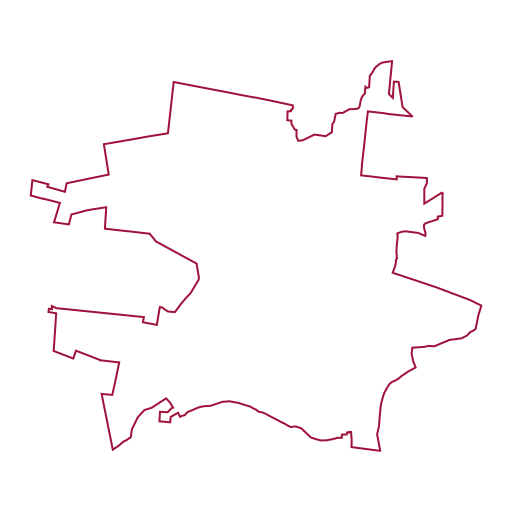 the district of Cacalchén, Yucatán, Mexico
{"feature_id": "50627088B30008490692621", "entity_name": "Cacalchén", "entity_type": "district", "adm_level": 2, "iso_a3": "MEX", "parent_name": "Mexico", "parent_adm1": "Yucatán", "projection": "orthographic", "projection_center": [-89.242, 20.984], "detail": "fine", "context": "isolated", "style": "outline", "palette": "rose", "viewbox_px": 512, "rotation_deg": 0, "n_neighbors": 0, "source": "geoboundaries", "source_scale": "gbopen_adm2", "svg_char_len": 4555}
<svg xmlns="http://www.w3.org/2000/svg" viewBox="0 0 512 512"><path d="M32.4,180.1L30.9,194.2L30.7,195.5L43.3,198.9L43.5,198.7L59.9,202.9L58.3,208.1L55.8,216.5L54.0,222.3L68.8,224.4L70.2,219.3L71.4,214.5L85.1,210.8L87.5,210.2L92.9,209.3L99.4,208.3L106.2,207.2L106.1,209.2L104.9,228.7L120.0,230.4L129.2,231.4L129.6,231.4L143.4,233.0L149.7,233.7L149.7,233.9L149.7,234.0L149.8,234.1L150.0,234.2L150.1,234.4L153.7,238.5L153.9,238.7L153.9,238.8L155.7,241.3L196.6,263.6L198.1,272.6L198.9,277.6L198.8,279.0L198.5,279.9L190.8,292.8L189.6,294.3L186.7,297.2L181.2,303.6L174.9,312.1L167.9,311.5L161.8,307.3L159.8,307.1L156.8,324.9L142.9,322.2L143.9,317.1L71.5,309.7L56.5,308.2L51.8,306.0L51.9,309.1L48.9,308.8L48.5,312.0L56.2,313.3L53.7,351.0L73.3,358.5L76.0,350.7L99.2,359.7L100.1,360.0L100.1,360.3L105.2,360.8L109.4,361.3L115.3,362.0L119.2,362.4L118.0,368.2L116.2,377.1L112.3,394.9L103.2,394.1L101.6,393.9L112.8,449.7L118.6,445.7L120.0,444.6L124.0,441.2L125.9,440.5L127.4,439.5L130.5,437.4L130.9,436.4L131.9,429.3L137.9,417.1L144.5,410.0L151.6,407.8L151.8,407.7L166.1,398.4L169.9,402.4L173.1,407.7L171.6,408.1L167.7,412.2L160.0,411.8L159.4,421.3L170.2,422.3L170.7,416.9L178.1,412.8L180.1,416.9L181.9,415.9L184.9,415.1L187.0,412.4L192.8,409.9L196.6,408.2L200.4,406.9L204.2,406.2L208.0,406.0L210.6,405.8L213.5,404.8L222.5,401.8L229.6,401.3L233.3,402.0L238.3,402.9L246.9,405.6L251.1,406.9L252.7,408.2L254.5,408.9L256.2,409.7L258.2,411.5L261.9,412.4L263.5,412.8L278.1,420.4L283.0,423.0L283.7,423.1L287.6,425.5L290.6,427.0L295.6,426.4L301.3,428.3L310.9,437.5L313.9,438.5L320.4,440.4L326.5,440.3L329.2,439.7L331.1,439.6L332.8,438.9L335.4,438.6L336.6,437.9L341.8,437.8L341.9,434.6L346.7,434.5L347.0,432.5L349.0,432.6L349.1,431.9L351.1,432.0L351.4,436.8L351.5,438.4L351.7,439.2L351.5,447.1L357.5,447.9L379.8,450.8L380.2,450.7L377.1,434.3L379.0,426.1L379.1,424.8L379.6,417.9L379.6,417.2L380.0,413.4L380.3,410.8L380.4,408.5L381.2,403.2L383.2,396.1L384.1,393.3L385.5,390.5L388.5,385.5L389.8,383.7L392.2,381.8L395.0,380.7L399.0,378.3L400.9,376.5L408.2,371.5L415.6,367.5L414.5,364.4L413.3,361.5L411.6,354.1L412.3,347.7L425.0,346.8L428.1,345.9L434.2,346.3L444.1,342.2L447.5,340.8L449.0,340.0L461.6,338.3L466.7,335.7L468.6,333.9L469.8,332.4L471.3,331.6L473.5,330.5L475.6,328.9L476.5,324.5L478.4,315.2L480.9,307.0L481.2,305.9L481.3,305.6L473.0,301.5L471.2,300.6L469.3,299.7L465.7,298.4L458.8,295.8L456.8,295.0L453.7,293.9L450.8,292.8L448.4,291.9L436.5,287.4L428.8,284.8L414.1,279.9L408.4,278.0L397.6,274.4L392.7,272.8L394.3,268.5L395.2,265.6L395.8,263.3L396.0,259.7L397.0,258.6L396.8,256.9L396.7,255.6L396.4,251.9L396.6,247.8L397.1,241.6L397.3,240.3L397.7,237.1L397.3,233.4L401.7,231.8L405.5,231.3L418.1,232.9L424.9,235.8L425.3,235.9L425.4,234.5L425.5,233.0L424.7,230.4L424.3,229.1L424.1,227.5L423.9,225.9L424.1,224.6L424.6,224.5L425.3,223.4L427.9,222.5L437.8,219.2L437.8,216.6L442.3,215.8L442.5,205.0L442.5,202.1L442.5,200.4L442.4,198.0L442.5,196.0L442.5,194.6L442.8,193.4L441.8,193.2L441.5,192.8L433.7,197.8L424.3,203.6L424.3,203.4L424.3,203.2L424.3,190.5L424.3,188.6L426.6,184.0L427.0,182.2L426.8,178.0L410.4,177.1L406.1,176.9L397.1,176.4L396.6,176.3L396.7,179.4L394.8,179.2L394.1,179.1L381.1,177.7L379.0,177.5L378.8,177.4L371.2,176.5L370.5,176.4L361.1,175.4L361.9,166.3L361.9,164.8L362.2,162.1L362.9,156.4L363.6,150.3L364.2,144.8L365.8,129.5L366.5,123.0L367.9,111.4L384.0,113.2L387.6,113.9L396.9,114.9L411.5,116.4L411.8,116.4L412.1,116.2L402.6,107.1L400.6,94.5L398.6,81.9L393.9,81.6L392.8,97.9L388.9,94.0L389.6,86.8L390.1,81.4L392.1,61.2L391.0,61.2L381.9,62.7L379.2,64.2L375.2,67.6L372.1,72.8L370.1,75.6L369.9,75.9L369.8,76.0L369.1,87.3L367.1,87.9L366.2,87.4L365.5,86.8L365.1,89.5L364.9,92.3L364.9,93.6L363.5,94.9L361.8,97.3L361.3,98.8L360.8,100.0L359.9,104.9L359.2,107.6L357.1,108.8L355.9,108.8L353.1,109.1L351.4,109.1L349.2,109.3L346.9,110.6L344.4,112.0L343.4,112.6L342.8,112.8L342.1,113.1L340.0,112.7L337.1,113.5L335.7,113.8L334.1,121.7L332.5,123.8L332.3,126.0L332.1,127.9L331.8,132.3L325.7,136.2L314.4,134.6L306.3,138.6L302.2,140.4L298.3,140.8L296.5,136.7L296.5,129.9L294.8,129.6L291.5,124.0L291.4,120.7L287.3,120.2L287.6,111.3L291.0,111.2L291.1,109.7L292.6,109.0L293.0,107.2L292.8,105.4L288.8,104.5L273.4,101.2L254.4,97.3L253.8,97.3L253.6,97.4L245.5,95.8L239.5,94.7L236.4,94.1L234.0,93.6L223.2,91.5L215.2,90.0L182.9,83.8L173.7,82.0L172.7,90.7L171.7,99.8L169.1,122.8L169.0,123.8L168.2,131.0L167.9,133.3L148.0,136.5L133.6,139.1L103.9,144.2L108.7,174.6L97.8,176.8L66.6,183.3L64.9,191.8L47.3,186.8L48.4,184.3L32.4,180.1Z" fill="none" stroke="#9f1239" stroke-width="2"/></svg>